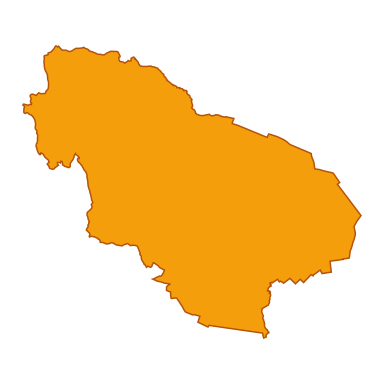 the district of Cernat, Covasna, Romania
{"feature_id": "2599482B32737313813791", "entity_name": "Cernat", "entity_type": "district", "adm_level": 2, "iso_a3": "ROU", "parent_name": "Romania", "parent_adm1": "Covasna", "projection": "albers", "projection_center": [25.982, 45.977], "detail": "fine", "context": "isolated", "style": "filled", "palette": "amber", "viewbox_px": 384, "rotation_deg": 0, "n_neighbors": 0, "source": "geoboundaries", "source_scale": "gbopen_adm2", "svg_char_len": 5788}
<svg xmlns="http://www.w3.org/2000/svg" viewBox="0 0 384 384"><path d="M69.3,167.5L70.3,166.5L70.1,164.6L70.4,163.5L70.8,162.5L72.9,159.7L74.0,157.3L74.2,155.6L75.5,153.6L76.0,154.7L77.4,155.5L79.2,157.4L79.3,158.2L79.2,158.5L77.9,158.3L77.4,159.7L78.4,162.2L78.7,162.4L79.1,162.2L81.0,164.8L81.7,165.4L83.9,169.5L86.0,172.3L87.0,174.8L87.0,177.3L87.7,180.9L88.2,186.3L89.2,189.6L89.7,190.6L90.0,192.7L90.6,194.3L91.8,200.3L92.7,202.2L92.7,202.9L91.5,204.1L91.3,204.7L91.9,206.2L91.9,207.6L91.6,208.3L91.0,209.1L87.5,212.2L87.1,213.1L87.1,215.7L87.6,216.4L88.3,219.6L89.5,221.8L88.8,222.3L88.7,224.1L88.0,224.8L88.0,225.8L88.2,226.3L88.0,227.0L87.2,228.0L86.3,229.9L86.8,230.6L89.4,233.0L89.9,234.7L89.2,236.3L89.5,237.0L91.2,236.3L94.3,236.8L97.5,238.3L97.8,238.8L99.4,239.6L100.1,240.9L100.1,242.0L100.3,242.4L102.6,242.4L106.4,244.0L109.7,243.5L111.4,242.6L112.8,242.9L116.2,244.9L122.2,245.9L123.8,244.7L127.6,243.6L128.6,244.0L129.8,245.3L130.6,245.6L132.5,245.3L135.1,245.4L137.1,246.0L137.8,247.2L139.9,252.6L140.2,253.5L139.8,254.2L139.9,254.6L141.2,256.0L141.3,258.5L142.2,260.8L143.7,263.0L144.0,264.1L144.3,264.4L144.8,264.4L146.5,267.3L147.9,266.2L150.3,267.2L151.1,267.1L151.9,266.3L152.3,264.6L153.0,263.7L153.2,262.8L153.8,262.7L157.9,265.5L159.7,267.6L163.0,269.4L164.3,269.8L164.4,270.1L164.0,271.3L163.1,273.3L161.4,275.8L160.6,276.1L159.2,276.0L158.2,276.8L156.8,277.2L154.0,278.8L152.8,279.1L157.4,281.2L161.8,282.1L164.1,283.1L168.7,283.7L170.5,284.3L169.4,284.5L167.6,285.7L166.5,287.1L166.5,290.4L170.7,292.2L170.6,295.4L171.2,298.4L172.1,298.5L175.7,297.9L176.8,298.2L182.2,306.4L183.6,309.2L185.3,311.9L192.6,314.9L194.4,314.7L199.9,316.2L197.9,322.2L208.0,327.0L209.0,325.4L262.5,333.1L262.8,334.0L263.1,336.0L263.7,338.0L266.2,337.0L265.9,335.5L267.6,333.3L268.9,332.7L268.9,332.3L268.0,331.4L267.1,329.6L266.6,329.4L265.6,328.4L264.8,327.1L264.4,325.5L264.6,323.9L264.4,322.9L263.7,320.8L263.6,319.8L263.1,319.3L262.8,318.1L263.3,316.1L261.8,312.1L261.7,310.0L262.2,309.6L262.1,308.7L262.3,308.4L263.3,308.0L268.3,305.0L269.6,302.2L269.2,300.7L270.0,299.5L269.6,298.4L270.7,295.0L270.4,293.9L269.4,293.3L269.8,293.0L269.8,292.6L270.2,292.7L270.4,292.2L270.3,291.7L269.2,290.9L268.7,290.8L268.5,291.3L267.4,290.8L267.9,289.8L267.9,289.0L268.3,288.7L268.5,287.8L269.5,286.8L270.9,286.3L271.1,285.9L270.4,285.4L271.0,284.6L270.4,283.8L269.8,283.6L269.9,283.2L270.6,282.6L272.0,282.3L272.2,282.9L277.6,279.3L279.3,281.9L280.4,281.2L281.3,281.5L283.6,283.2L289.9,278.4L295.4,283.8L300.2,279.3L303.6,282.5L311.1,274.6L313.1,275.9L313.3,275.8L313.4,274.8L315.9,273.3L320.2,270.0L322.1,273.6L331.3,272.1L330.0,261.2L343.2,259.4L343.1,258.9L349.0,258.2L349.4,257.1L350.2,250.9L351.4,248.2L353.0,242.3L354.2,239.2L355.4,234.2L355.3,232.8L354.0,226.5L357.4,220.5L361.0,215.6L337.4,184.3L339.7,182.5L333.4,173.4L332.7,172.9L323.9,170.9L319.2,169.5L314.8,168.9L313.8,162.1L311.6,156.4L311.2,153.5L290.6,144.8L289.3,144.0L286.5,141.5L283.5,139.6L277.4,136.7L269.0,134.0L268.7,134.0L268.4,134.6L267.1,137.4L237.7,125.3L232.2,123.6L232.6,121.9L233.9,118.5L225.6,116.7L225.3,117.1L222.3,116.7L221.0,116.0L219.9,115.9L219.3,115.3L217.9,114.9L216.7,115.0L215.9,114.7L214.5,115.4L211.6,115.8L209.7,114.9L209.3,114.3L202.9,115.6L200.1,115.4L197.1,114.4L195.5,113.0L195.5,112.3L194.5,110.0L192.8,109.1L192.5,108.6L191.6,107.7L192.6,106.3L192.3,105.2L192.5,104.6L191.8,103.3L191.8,102.2L191.3,100.5L191.4,100.2L192.0,99.8L192.0,99.5L190.0,97.4L189.8,96.0L189.5,95.4L188.6,95.1L186.9,93.3L186.7,92.4L187.1,91.8L186.4,90.5L183.8,90.6L183.7,89.7L183.1,89.8L182.4,88.8L179.7,88.4L179.8,87.7L176.8,87.6L176.9,87.1L176.6,86.5L174.5,85.4L173.7,85.1L173.3,85.6L173.0,85.5L172.8,84.7L172.5,84.3L171.5,84.1L170.7,83.1L169.1,82.0L168.6,81.4L166.8,80.3L167.0,79.5L165.8,78.3L165.6,77.3L164.2,76.4L163.7,75.3L163.8,74.4L162.2,73.3L160.4,71.0L158.7,69.6L157.6,68.2L154.0,66.9L151.7,66.7L150.9,66.0L146.2,66.5L142.6,66.4L140.8,66.1L139.6,65.3L139.4,64.7L139.0,64.4L138.0,62.0L136.2,59.8L134.9,59.2L135.3,58.6L133.8,57.1L133.0,57.2L132.4,57.8L131.1,58.3L131.2,59.0L131.0,59.5L131.1,60.6L130.8,61.0L129.6,61.1L128.2,60.5L127.3,61.6L126.1,62.2L125.4,62.9L124.4,63.0L123.7,62.2L120.3,61.5L119.6,61.0L119.0,59.7L118.7,57.5L119.9,57.0L120.1,56.1L117.9,51.9L116.8,51.5L110.7,51.3L106.7,53.1L104.3,54.8L102.2,54.9L100.4,54.2L98.7,54.5L92.3,51.8L90.5,51.4L88.8,50.5L88.5,49.8L87.6,49.2L84.8,48.2L83.7,47.3L82.6,47.9L79.2,48.3L75.7,48.4L71.5,51.1L69.1,51.6L66.1,50.2L62.3,50.2L60.5,48.5L58.7,46.3L58.4,46.2L57.6,47.0L56.6,46.1L55.6,46.0L53.8,49.0L51.1,51.9L48.1,53.0L48.2,54.3L48.1,54.7L44.4,55.7L44.1,56.1L44.3,59.1L43.9,62.0L44.3,65.0L44.4,67.2L45.1,70.0L47.3,74.4L47.8,79.8L48.4,81.3L48.6,84.0L48.4,87.2L48.3,88.1L47.8,89.4L46.1,91.1L45.5,92.9L44.9,93.5L40.7,93.7L38.7,92.8L36.2,95.4L32.6,94.1L31.1,94.4L30.0,95.9L30.2,96.7L30.9,97.7L31.0,98.2L31.1,99.0L30.5,100.8L30.5,101.9L31.0,102.7L31.6,103.0L31.4,104.6L29.9,104.3L28.2,105.3L23.9,104.1L23.3,104.2L23.0,104.7L23.1,105.4L24.3,106.2L24.6,106.8L23.9,108.6L23.8,112.1L23.9,112.6L24.5,113.2L25.4,113.5L26.5,112.6L27.7,112.8L28.9,114.0L31.3,115.2L32.3,116.0L33.7,117.8L34.7,119.7L35.3,121.7L35.5,123.6L35.6,125.5L35.3,126.2L35.2,128.2L35.7,129.3L36.6,130.5L36.9,131.6L36.7,133.4L37.4,134.2L37.7,135.6L37.4,138.9L37.7,139.3L37.6,140.3L37.1,142.2L37.0,143.2L36.4,143.8L36.1,145.6L36.1,146.6L36.7,147.9L37.1,149.8L38.1,152.4L39.2,154.2L40.0,154.7L40.6,154.4L40.7,153.4L40.9,152.9L42.4,153.6L43.3,154.4L44.6,156.8L48.5,160.3L49.1,162.4L48.2,162.8L47.2,164.1L48.8,166.1L49.6,168.3L52.4,169.3L54.2,168.8L54.8,167.9L57.6,165.8L57.9,165.2L58.3,165.2L57.4,163.8L57.7,162.8L57.6,162.4L59.8,162.6L60.4,162.9L60.9,161.2L62.0,161.5L62.2,161.9L62.5,163.8L62.5,164.7L62.8,165.0L64.7,166.3L68.7,167.6L69.3,167.5Z" fill="#f59e0b" stroke="#b45309" stroke-width="1.5"/></svg>